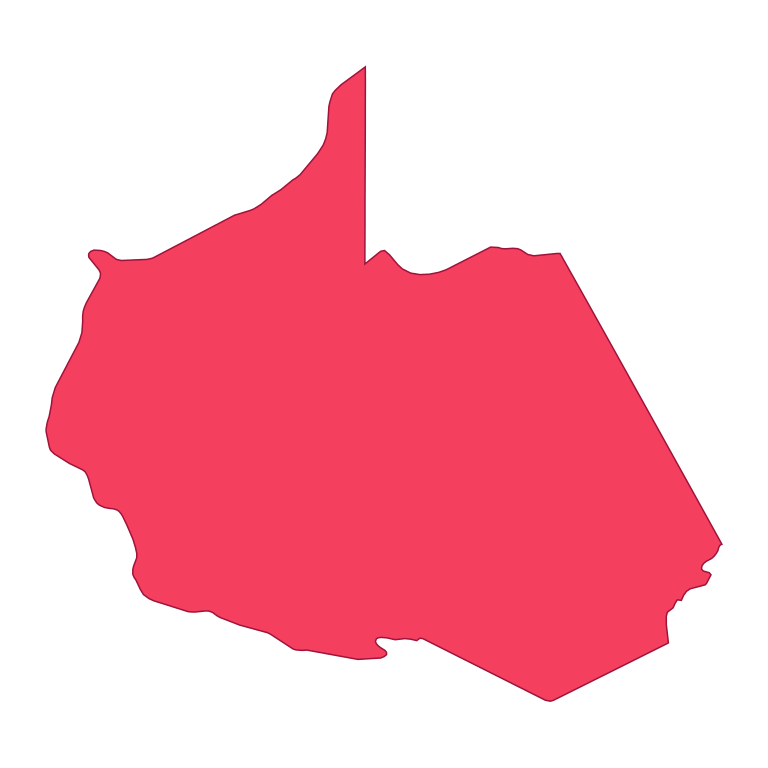 outline of Madre de Dios
{"feature_id": "PER-572", "entity_name": "Madre de Dios", "entity_type": "Department", "adm_level": 1, "iso_a3": "PER", "parent_name": "Peru", "parent_adm1": "", "projection": "albers", "projection_center": [-70.763, -11.651], "detail": "fine", "context": "isolated", "style": "filled", "palette": "rose", "viewbox_px": 768, "rotation_deg": 0, "n_neighbors": 0, "source": "natural_earth", "source_scale": "10m", "svg_char_len": 2516}
<svg xmlns="http://www.w3.org/2000/svg" viewBox="0 0 768 768"><path d="M556.7,253.5L560.1,253.5L560.7,254.7L561.4,255.8L562.1,257.0L562.7,258.1L563.3,259.3L564.0,260.5L564.7,261.7L565.3,262.8L584.3,296.7L603.3,330.7L622.2,364.6L641.1,398.6L660.0,432.6L678.9,466.6L697.7,500.5L716.5,534.5L721.0,542.6L721.9,544.3L720.1,545.1L719.0,546.8L717.9,550.6L716.3,553.4L714.2,556.1L711.6,558.5L706.1,561.4L703.6,563.5L701.8,566.2L701.6,569.3L703.3,571.0L709.2,572.7L711.0,574.8L706.7,583.1L705.3,584.8L690.2,588.8L686.5,591.3L683.7,595.2L681.3,600.4L677.3,599.8L675.1,603.3L673.1,607.8L667.3,612.3L666.3,616.5L666.3,624.5L668.4,642.9L668.3,643.0L553.2,700.4L550.3,701.2L545.3,700.2L423.0,638.7L420.0,638.2L416.7,640.6L410.8,639.2L404.9,638.6L395.1,639.7L386.6,637.8L380.9,637.4L378.2,637.8L376.4,638.8L375.4,641.4L376.4,643.8L378.2,645.8L380.5,647.6L385.1,650.5L386.5,652.4L386.6,654.6L384.3,656.5L380.7,658.0L357.9,659.4L306.9,650.1L302.0,650.4L296.0,649.9L293.1,649.0L270.5,634.2L267.5,632.7L239.7,625.1L220.6,617.7L217.2,615.9L212.8,612.6L210.8,611.7L208.4,611.0L204.7,611.0L195.3,612.0L192.0,612.0L188.0,611.6L153.8,600.8L149.0,598.6L143.5,594.6L140.5,589.7L136.0,580.2L134.1,577.4L132.8,574.2L132.8,569.5L133.6,566.1L136.7,557.9L136.8,553.6L135.5,547.6L132.8,538.8L126.7,524.7L122.6,516.2L121.1,513.8L118.9,511.2L117.0,510.0L115.2,509.3L112.8,508.7L110.1,508.5L104.6,507.5L99.5,505.2L97.2,503.4L95.4,500.9L93.7,498.0L88.5,478.7L86.9,474.7L85.0,471.6L82.5,469.8L69.3,463.4L54.4,454.0L51.1,450.8L50.4,449.9L50.0,449.0L49.4,447.3L46.1,431.6L46.1,428.8L47.4,421.8L49.1,416.6L51.4,404.9L52.2,397.7L55.3,387.5L78.9,342.4L81.9,332.7L82.7,321.2L82.6,316.8L83.2,311.3L84.4,307.4L86.4,302.7L99.8,278.4L100.4,275.5L100.5,273.1L99.0,269.9L88.9,257.4L88.6,255.2L88.9,253.4L90.7,251.4L94.0,250.1L100.6,250.5L104.6,251.5L107.8,252.9L115.4,258.7L116.8,259.5L121.4,260.5L147.0,259.4L151.2,258.5L153.1,257.9L234.5,215.2L250.3,210.4L253.9,208.9L261.1,204.4L271.6,195.5L281.0,189.6L292.4,180.2L295.6,178.3L300.0,174.8L317.6,153.7L323.3,144.9L325.7,138.8L327.2,132.5L328.9,106.5L329.8,102.3L332.4,94.0L335.2,90.4L341.0,84.8L365.3,66.9L365.4,82.3L365.3,106.1L365.3,129.9L365.2,153.7L365.1,177.5L365.0,201.3L365.0,225.1L364.9,248.9L364.9,264.0L380.6,251.3L384.5,250.5L389.5,254.8L397.7,264.6L402.3,268.9L410.7,273.1L420.0,274.6L429.4,274.2L438.6,272.4L446.1,269.8L490.6,247.1L498.3,247.5L501.8,248.6L505.4,248.8L512.9,248.3L517.8,248.7L520.9,250.0L527.8,254.5L533.9,255.8L556.7,253.5Z" fill="#f43f5e" stroke="#9f1239" stroke-width="1.5"/></svg>